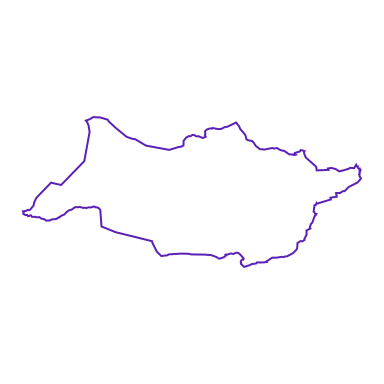 outline of Bray West Lea-4, Wicklow, Ireland
{"feature_id": "5873133B9923799249207", "entity_name": "Bray West Lea-4", "entity_type": "district", "adm_level": 2, "iso_a3": "IRL", "parent_name": "Ireland", "parent_adm1": "Wicklow", "projection": "equal_earth", "projection_center": [-6.2, 53.173], "detail": "fine", "context": "isolated", "style": "outline", "palette": "violet", "viewbox_px": 384, "rotation_deg": 0, "n_neighbors": 0, "source": "geoboundaries", "source_scale": "gbopen_adm2", "svg_char_len": 2857}
<svg xmlns="http://www.w3.org/2000/svg" viewBox="0 0 384 384"><path d="M266.2,262.1L265.9,261.8L272.1,257.7L276.2,257.7L282.0,256.8L283.4,257.2L284.6,256.6L287.1,256.3L293.1,253.1L296.5,249.6L297.2,248.0L297.5,243.0L300.5,241.1L302.4,241.3L304.6,239.9L304.4,238.8L306.6,234.6L306.5,230.5L310.4,228.5L309.8,227.4L310.9,224.1L312.4,222.5L314.5,216.3L315.7,215.3L316.3,214.0L315.2,214.0L314.5,212.3L313.6,211.6L314.5,205.2L315.8,204.9L316.5,203.2L316.8,203.7L330.8,199.5L330.4,197.7L336.8,196.7L336.0,193.1L337.9,192.9L339.9,193.1L343.0,191.1L344.5,191.2L348.7,187.0L357.5,182.5L361.0,178.5L359.5,176.1L359.6,174.9L359.2,174.5L359.6,174.2L359.4,172.2L360.0,171.9L360.4,170.1L359.7,169.9L360.0,169.4L359.4,169.2L359.5,168.5L358.6,168.5L357.2,166.6L357.5,166.2L356.5,166.0L356.1,164.9L354.1,168.2L350.1,167.8L348.6,168.8L340.4,171.2L338.9,171.2L335.8,169.1L331.2,167.9L327.9,168.5L328.5,169.9L316.7,170.4L316.2,166.8L305.8,157.5L304.3,154.0L303.9,151.4L304.3,151.1L301.9,150.2L300.6,150.2L299.8,151.5L298.7,151.8L294.7,153.0L294.4,154.0L295.6,154.7L294.2,155.1L292.5,154.5L289.1,154.3L284.0,150.7L282.8,150.8L279.7,149.7L276.9,148.0L274.2,148.6L272.2,148.0L264.2,149.6L262.0,149.2L260.1,149.3L255.7,145.8L253.5,142.4L251.9,140.9L248.1,140.3L246.4,139.2L245.6,135.7L244.5,133.9L240.3,129.1L239.1,126.4L236.1,122.5L227.4,126.7L224.5,127.2L221.4,128.9L218.3,129.1L212.5,128.0L211.7,128.7L210.2,128.4L207.0,129.4L205.1,131.1L205.0,132.0L205.4,133.7L204.9,135.2L205.7,136.8L202.8,138.0L198.4,136.2L196.5,136.4L194.0,135.0L192.3,135.0L190.7,136.1L188.6,136.2L186.2,137.6L183.6,140.8L183.5,145.4L180.7,146.9L179.0,146.9L169.2,149.9L146.0,145.6L135.0,139.1L132.3,138.8L126.7,136.9L115.8,128.0L108.6,121.3L107.7,119.7L100.5,117.5L93.2,117.1L89.8,119.2L85.9,120.6L87.3,122.4L88.6,125.7L89.6,131.9L84.3,161.1L61.1,185.0L51.0,182.7L36.5,197.7L34.2,202.2L33.6,205.5L30.1,209.7L29.3,210.1L27.5,210.0L26.0,210.9L23.0,211.3L23.7,212.6L23.3,213.9L25.6,215.1L27.0,214.9L28.1,216.2L30.9,215.3L31.8,216.7L32.9,216.9L35.0,216.8L37.4,217.4L39.3,217.1L41.4,218.6L44.6,219.3L46.0,220.6L50.3,220.4L51.5,219.5L56.6,218.9L58.5,217.4L59.2,217.5L61.2,215.8L64.3,214.5L66.7,211.9L69.4,210.1L71.5,209.7L75.2,207.1L78.1,207.3L79.5,206.9L83.4,207.9L85.0,207.7L86.2,208.1L88.2,207.4L91.3,207.4L93.0,206.7L94.7,206.6L95.5,207.3L96.9,207.3L99.0,208.3L100.3,210.1L101.5,226.5L115.7,232.2L152.1,241.2L152.4,242.8L156.8,251.6L161.3,256.0L167.4,255.3L168.7,254.4L181.5,253.6L188.7,253.8L191.1,254.4L204.2,254.6L211.2,255.1L216.1,256.9L219.2,258.7L223.8,257.3L225.9,255.5L225.5,254.7L226.1,254.4L227.6,254.6L230.7,253.4L233.3,254.0L235.9,252.8L237.3,252.7L238.8,253.3L240.5,254.8L243.7,258.5L243.2,259.7L242.1,259.7L241.2,260.5L240.7,262.5L241.2,263.1L241.0,263.9L244.1,266.9L250.0,265.1L251.5,264.1L256.2,263.5L256.9,262.4L261.9,262.5L266.2,262.1Z" fill="none" stroke="#5b21b6" stroke-width="2"/></svg>